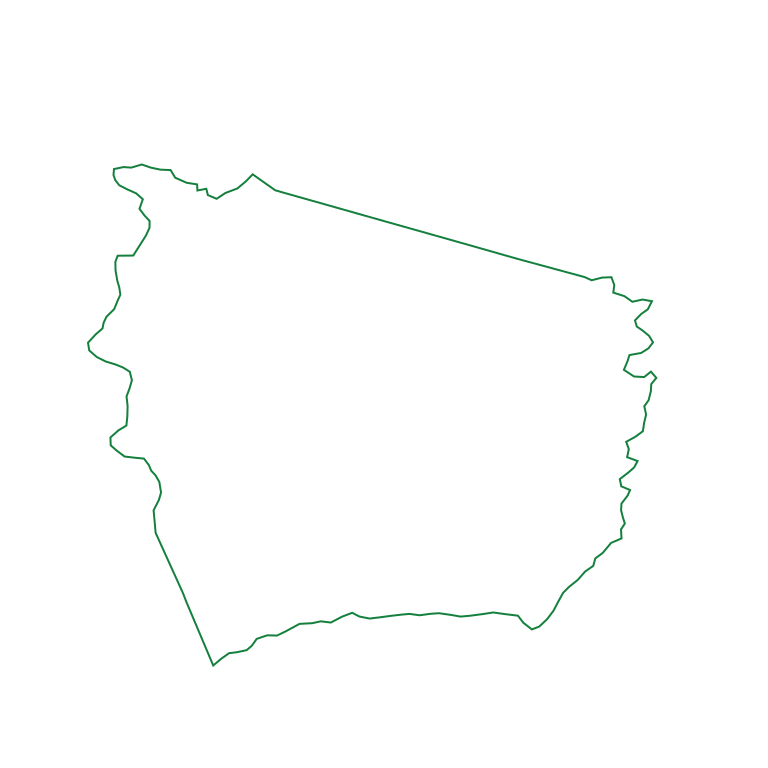 the district of Ibiassucê, Bahia, Brazil, rotated 76°
{"feature_id": "56859067B49243330043485", "entity_name": "Ibiassucê", "entity_type": "district", "adm_level": 2, "iso_a3": "BRA", "parent_name": "Brazil", "parent_adm1": "Bahia", "projection": "equal_earth", "projection_center": [-42.305, -14.281], "detail": "fine", "context": "isolated", "style": "outline", "palette": "green", "viewbox_px": 768, "rotation_deg": 76, "n_neighbors": 0, "source": "geoboundaries", "source_scale": "gbopen_adm2", "svg_char_len": 2253}
<svg xmlns="http://www.w3.org/2000/svg" viewBox="0 0 768 768"><g transform="rotate(76 384 384)"><path d="M547.5,628.5L615.8,617.8L611.3,608.6L607.7,599.5L608.7,591.3L609.0,581.6L606.0,575.6L600.5,569.2L599.6,558.1L602.2,548.6L600.1,538.7L596.3,524.0L598.7,511.6L599.0,502.7L602.6,493.3L599.6,480.9L598.3,470.2L603.7,464.1L608.1,454.7L609.4,444.4L610.5,434.4L612.0,422.9L613.2,415.0L617.0,405.4L618.2,394.7L619.7,386.1L624.5,374.3L628.2,366.0L629.7,356.4L631.2,343.3L632.1,333.3L636.3,322.9L641.2,310.1L649.3,306.6L657.9,299.9L656.9,292.0L651.7,282.7L645.1,274.5L637.8,268.0L630.0,260.8L625.7,253.7L620.9,243.3L614.6,234.2L611.1,225.0L604.3,221.1L600.8,212.6L593.1,202.1L591.3,190.9L582.4,189.2L577.7,184.1L570.9,184.5L563.8,184.5L557.5,182.5L551.1,174.5L546.4,170.9L540.7,178.5L533.3,178.2L528.9,168.1L525.4,161.4L520.1,156.6L513.8,165.8L506.4,162.2L498.7,163.0L496.0,152.9L492.4,144.2L484.8,141.1L477.1,137.1L468.5,136.8L463.8,131.2L455.5,126.8L448.7,124.7L444.0,118.3L436.6,122.0L440.2,129.9L437.2,139.6L428.3,147.8L420.8,142.2L415.3,138.8L416.1,127.1L413.4,118.8L408.7,112.9L401.3,115.2L394.5,120.3L389.4,124.8L383.0,125.1L378.3,117.5L375.3,109.9L368.5,104.0L364.6,112.7L364.3,123.1L356.9,129.5L350.8,139.4L343.7,136.6L335.4,137.5L333.5,146.7L333.6,157.4L328.9,163.3L295.1,223.8L262.6,280.4L228.3,340.4L174.5,434.4L169.7,442.7L148.8,460.7L153.9,468.9L158.8,479.0L160.3,491.7L163.8,501.6L158.1,509.2L151.6,509.2L151.1,518.2L145.1,517.1L141.0,526.8L133.3,536.7L124.8,539.3L122.0,548.9L117.7,557.8L112.4,566.0L112.9,576.8L110.5,584.3L110.1,594.0L115.8,595.9L121.2,595.4L127.1,592.8L132.8,586.3L139.0,578.4L146.4,573.3L154.9,578.9L162.6,575.6L169.2,572.0L175.6,573.7L182.2,578.9L198.7,596.2L195.1,611.4L200.5,615.1L208.8,617.0L219.1,617.8L226.2,617.5L233.6,618.2L238.7,622.3L246.1,627.7L251.6,637.0L256.7,641.2L262.0,643.7L266.1,651.7L272.3,661.2L280.1,661.9L288.4,656.1L294.9,648.5L300.2,639.6L304.8,633.3L310.6,627.7L319.4,627.7L327.1,632.2L333.7,636.8L343.3,638.1L353.4,640.9L362.0,644.0L364.7,652.8L369.7,662.4L377.5,664.0L384.3,659.2L391.6,653.3L395.1,644.0L398.3,635.0L406.0,631.7L411.7,630.9L417.3,627.8L424.7,625.7L435.4,626.6L442.1,630.5L450.8,638.1L473.2,641.6L538.0,629.7L547.5,628.5Z" fill="none" stroke="#15803d" stroke-width="2"/></g></svg>